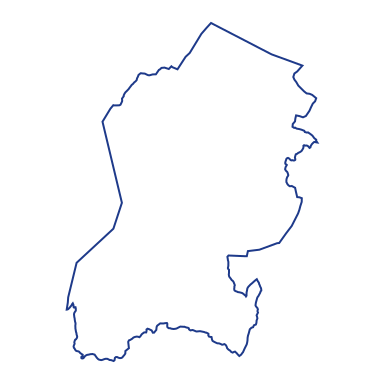 Santa María Quiegolani, Oaxaca, Mexico (orthographic projection)
{"feature_id": "50627088B40011540335784", "entity_name": "Santa María Quiegolani", "entity_type": "district", "adm_level": 2, "iso_a3": "MEX", "parent_name": "Mexico", "parent_adm1": "Oaxaca", "projection": "orthographic", "projection_center": [-96.048, 16.307], "detail": "fine", "context": "isolated", "style": "outline", "palette": "blue", "viewbox_px": 384, "rotation_deg": 0, "n_neighbors": 0, "source": "geoboundaries", "source_scale": "gbopen_adm2", "svg_char_len": 5974}
<svg xmlns="http://www.w3.org/2000/svg" viewBox="0 0 384 384"><path d="M256.8,279.2L255.6,280.1L254.2,281.3L253.0,282.4L252.0,283.3L250.4,284.6L249.5,285.6L248.9,286.2L248.4,286.7L247.9,287.5L247.4,288.3L247.2,289.3L247.1,290.0L246.9,291.0L246.6,292.3L246.5,294.2L246.5,295.7L246.0,296.4L245.6,295.7L244.6,295.0L243.8,294.2L242.3,293.1L241.0,292.7L239.4,292.3L237.9,292.1L236.7,291.5L235.5,291.1L234.6,290.5L234.3,289.9L234.2,288.7L234.4,287.4L234.4,286.3L234.8,285.3L234.5,284.2L234.1,283.5L233.8,282.4L233.1,281.3L232.6,280.7L231.8,280.2L231.3,279.5L230.8,278.7L229.7,277.3L229.2,276.6L229.0,275.8L228.8,274.4L229.0,273.0L229.0,271.7L229.0,270.7L229.0,269.8L228.1,268.8L227.9,268.1L228.0,267.4L228.2,266.7L228.3,265.7L228.4,265.0L228.3,264.2L228.4,263.0L228.3,261.5L227.9,260.1L227.8,259.1L227.4,256.8L228.5,255.5L244.9,256.2L246.8,256.2L247.9,251.1L259.4,249.7L277.1,243.2L279.2,243.0L286.2,233.2L291.7,226.0L298.1,213.4L299.4,209.7L300.3,206.2L301.7,201.9L301.8,198.2L299.4,197.3L297.2,197.1L295.9,191.6L295.1,187.8L291.8,186.0L291.6,186.1L289.7,186.2L289.0,185.7L288.3,185.2L287.9,184.6L287.4,184.1L287.2,183.6L286.9,183.0L286.4,182.1L286.4,180.1L286.6,178.8L287.2,177.1L288.0,175.9L288.3,175.1L288.0,174.1L287.7,173.0L287.2,171.9L285.8,170.6L285.1,169.2L285.6,167.1L286.8,165.0L285.3,163.7L285.3,162.3L285.8,160.7L286.5,158.7L287.3,158.1L288.0,157.9L289.3,158.6L290.2,159.7L290.8,160.2L291.6,160.4L292.1,160.2L292.5,160.2L293.4,160.5L294.5,160.4L295.2,159.9L295.3,159.1L294.9,157.6L295.3,155.9L295.8,154.3L297.3,153.7L298.3,152.8L299.4,152.4L300.6,151.7L301.7,150.8L303.2,148.3L303.5,146.9L303.4,145.8L304.1,145.2L305.3,145.6L306.8,145.5L308.2,146.3L309.5,147.9L310.4,147.4L310.8,145.8L312.0,144.0L313.5,142.5L314.3,141.9L315.6,142.2L316.6,142.4L317.3,142.5L316.1,140.7L316.2,139.7L314.3,138.2L312.4,135.6L310.5,134.1L308.0,132.4L306.9,132.6L304.8,132.0L304.3,130.8L301.5,129.7L299.4,129.1L296.6,128.6L295.0,127.6L294.2,127.9L292.5,126.8L292.8,124.0L295.0,121.4L295.4,118.3L296.1,115.4L299.5,116.1L303.0,117.3L305.9,116.0L308.3,112.5L309.5,110.7L310.9,107.5L312.8,103.6L315.1,101.3L316.2,98.2L312.2,94.9L309.6,93.8L306.6,93.4L304.1,91.4L301.1,88.4L298.3,85.6L296.3,82.1L294.4,79.6L293.3,77.0L294.4,73.5L297.2,71.5L302.4,65.6L271.7,54.4L269.7,53.4L258.1,47.4L211.0,23.0L206.7,27.7L201.4,33.8L189.7,53.0L185.6,56.8L177.5,69.3L172.4,67.2L171.4,66.3L168.8,69.0L164.5,67.6L161.5,67.9L159.9,69.4L158.9,69.9L155.9,74.3L152.7,74.4L150.2,75.1L149.5,75.3L148.2,75.2L147.0,74.7L144.8,73.6L142.1,73.4L140.8,73.2L140.3,73.5L138.5,75.0L137.9,76.7L137.0,78.4L136.7,80.0L135.6,81.3L134.1,82.5L133.1,83.8L131.6,85.0L131.3,85.5L129.3,88.1L128.7,89.0L126.3,91.5L125.6,92.1L124.6,93.5L123.7,95.4L123.7,96.3L122.0,98.6L122.2,100.9L121.9,101.8L120.5,104.7L119.3,105.3L116.6,105.4L113.8,105.4L113.3,105.2L110.4,108.7L102.5,121.7L117.8,185.7L121.9,202.8L113.4,228.7L76.6,262.8L68.2,297.3L67.8,302.6L66.7,309.6L67.4,309.5L68.2,309.1L68.6,308.7L69.3,308.0L69.8,307.5L70.4,306.7L71.2,305.7L71.6,305.2L72.0,304.3L72.4,303.8L72.8,303.3L73.4,304.7L73.5,305.5L73.5,306.3L73.7,307.3L74.1,307.6L74.8,307.2L75.5,307.2L75.8,308.7L75.8,310.7L75.4,311.2L74.7,312.2L74.2,313.2L74.0,314.4L74.2,316.0L74.3,317.1L74.6,318.2L74.8,320.0L75.1,321.7L75.5,323.1L75.5,324.2L75.3,325.9L75.4,327.0L75.4,328.3L75.6,329.5L76.0,331.9L76.4,333.0L76.6,334.7L76.9,335.4L77.2,336.8L76.9,337.9L76.0,339.3L75.2,339.7L74.7,340.9L74.3,342.3L74.5,343.1L74.6,343.8L74.1,344.9L73.6,346.3L73.7,346.9L73.9,347.8L74.6,348.5L75.0,349.5L75.5,350.1L75.8,350.6L76.9,351.1L78.1,351.3L79.1,351.7L80.1,352.9L81.0,353.6L81.9,354.2L82.7,354.7L82.7,356.1L81.5,356.7L81.3,357.9L82.1,358.5L83.4,358.2L84.2,357.2L85.3,355.8L87.0,354.9L88.8,354.6L90.3,354.2L91.6,354.1L92.7,354.0L93.3,354.3L93.8,354.4L94.2,354.5L94.6,354.6L96.8,357.7L97.9,358.9L98.9,359.6L100.6,360.0L101.3,360.1L102.6,359.8L103.8,359.3L105.5,358.8L107.2,358.8L108.4,359.3L109.6,360.0L111.1,360.1L112.5,360.6L113.6,361.0L114.5,360.3L114.9,357.9L115.8,357.1L117.0,357.0L118.2,357.6L119.3,358.0L120.1,358.1L121.2,358.0L122.4,357.4L123.0,356.5L124.2,355.2L125.3,353.6L125.4,351.0L128.9,348.2L128.2,341.9L128.9,340.4L130.5,339.8L131.6,339.0L132.3,338.7L132.6,338.3L133.5,337.5L135.1,336.9L136.6,336.6L138.0,336.7L139.4,337.2L140.3,336.4L141.0,335.3L141.8,334.2L142.8,333.4L144.2,332.4L146.2,332.4L146.6,330.8L146.5,329.5L147.5,328.7L148.9,329.1L151.6,330.4L152.3,331.6L152.8,332.7L154.0,332.7L156.3,329.9L156.6,327.0L157.2,325.7L160.2,323.4L163.3,323.5L164.9,323.2L166.9,323.0L167.3,323.7L167.3,324.9L167.2,326.0L167.4,327.1L167.9,327.6L168.8,328.2L170.1,328.2L171.4,328.7L173.5,329.0L175.3,328.8L176.6,328.5L178.3,327.6L180.3,326.6L182.2,326.7L183.4,326.8L184.2,326.7L185.6,327.2L186.8,327.6L187.8,327.7L188.8,328.3L189.0,329.3L189.5,329.8L190.5,330.4L191.4,330.2L192.5,330.0L193.5,330.3L194.4,330.7L195.2,331.0L195.8,331.3L196.7,331.5L197.5,331.4L198.6,331.3L199.5,331.2L200.3,331.2L200.6,331.3L201.2,331.4L204.1,332.0L205.6,332.6L206.2,332.6L207.3,333.1L208.4,333.7L208.5,334.0L208.3,335.3L208.9,336.5L210.2,336.9L211.5,337.0L211.7,337.8L211.9,339.2L212.1,339.8L212.6,340.9L213.6,341.5L215.1,342.3L216.6,343.0L217.3,343.3L219.1,343.4L220.7,344.0L222.0,344.7L222.7,344.7L223.7,344.3L224.5,344.1L225.8,345.1L226.6,346.5L227.2,348.3L228.6,349.7L230.1,350.6L231.3,352.0L232.7,352.6L234.0,351.9L235.0,351.6L236.5,353.0L237.0,353.5L237.5,354.2L239.3,356.0L241.2,354.6L242.0,353.4L243.0,352.2L243.8,350.4L244.6,348.6L245.7,346.4L246.7,344.4L247.2,342.3L247.5,340.3L247.6,337.8L248.0,335.6L248.7,333.5L249.8,329.3L251.5,327.7L253.1,327.2L253.9,325.3L255.9,324.5L256.4,322.9L256.6,320.5L257.4,318.4L257.1,316.9L256.6,315.3L258.0,312.6L257.5,311.4L257.6,310.2L257.9,309.5L257.5,308.2L256.4,306.9L255.7,305.9L255.5,305.3L255.9,302.6L256.9,299.0L257.2,297.9L257.7,296.9L258.3,296.2L259.0,294.9L260.2,292.7L260.6,291.3L261.3,290.6L261.2,289.0L260.9,287.9L260.2,286.6L259.7,285.1L259.2,284.2L259.0,283.1L258.6,282.3L257.9,281.4L256.8,279.2Z" fill="none" stroke="#1e3a8a" stroke-width="2"/></svg>